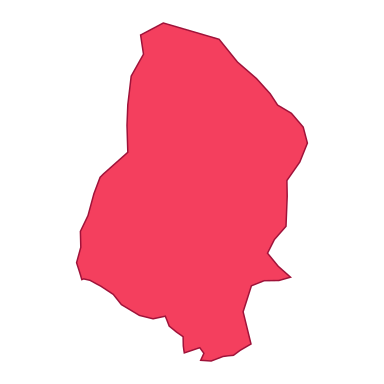 Dodjé, Logone Occidental, Chad (Albers equal-area conic projection)
{"feature_id": "50815135B21432441174008", "entity_name": "Dodjé", "entity_type": "district", "adm_level": 2, "iso_a3": "TCD", "parent_name": "Chad", "parent_adm1": "Logone Occidental", "projection": "albers", "projection_center": [15.491, 8.666], "detail": "fine", "context": "isolated", "style": "filled", "palette": "rose", "viewbox_px": 384, "rotation_deg": 0, "n_neighbors": 0, "source": "geoboundaries", "source_scale": "gbopen_adm2", "svg_char_len": 1103}
<svg xmlns="http://www.w3.org/2000/svg" viewBox="0 0 384 384"><path d="M307.4,143.1L303.2,127.1L291.4,113.3L277.6,105.1L270.2,93.8L256.5,78.6L237.5,62.1L226.7,48.7L219.1,39.3L163.3,23.0L140.6,35.0L143.5,54.2L131.2,76.1L129.8,88.1L127.8,104.8L127.0,125.3L127.8,152.3L103.5,173.9L100.1,177.3L93.9,193.8L88.0,215.6L80.4,231.4L80.8,247.3L76.6,262.6L76.6,262.8L77.4,265.3L79.0,270.2L80.7,275.7L80.7,275.8L81.8,279.6L83.7,278.9L90.0,280.3L96.7,284.0L99.4,285.4L101.4,286.5L102.2,287.1L113.3,294.4L121.4,304.6L139.4,315.4L153.1,318.8L161.0,317.1L165.3,316.2L166.9,320.1L169.2,326.1L176.4,332.0L183.1,336.7L183.2,340.8L183.3,346.0L183.5,347.5L183.8,349.8L184.3,352.9L190.9,350.7L197.9,348.3L199.8,347.7L203.9,353.3L200.7,360.3L211.2,361.0L222.7,356.6L222.9,356.5L225.9,356.1L228.1,355.8L231.4,355.5L232.8,355.4L233.4,355.3L234.6,354.5L234.7,354.4L235.5,353.8L240.2,350.3L246.7,346.5L251.0,344.0L243.1,311.8L251.4,285.8L264.1,280.7L278.9,280.5L290.5,277.2L278.2,266.3L267.5,253.2L274.4,239.5L286.0,226.3L287.2,196.2L286.9,180.5L299.8,162.0L307.4,143.1Z" fill="#f43f5e" stroke="#9f1239" stroke-width="1.5"/></svg>